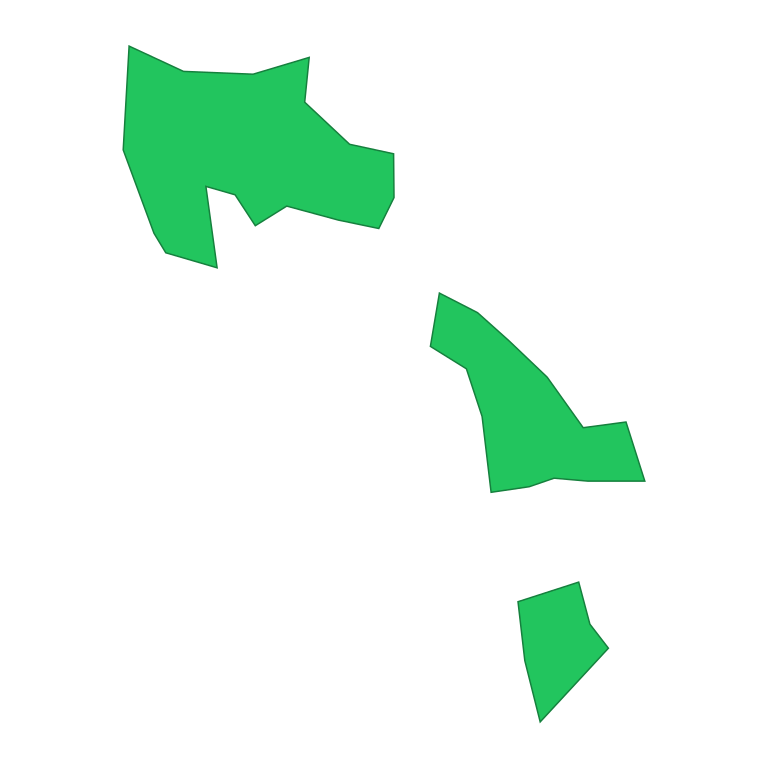 the state/province of Schaan
{"feature_id": "LIE-4896", "entity_name": "Schaan", "entity_type": "state/province", "adm_level": 1, "iso_a3": "LIE", "parent_name": "Liechtenstein", "parent_adm1": "", "projection": "robinson", "projection_center": [9.557, 47.13], "detail": "fine", "context": "isolated", "style": "filled", "palette": "green", "viewbox_px": 768, "rotation_deg": 0, "n_neighbors": 0, "source": "natural_earth", "source_scale": "10m", "svg_char_len": 622}
<svg xmlns="http://www.w3.org/2000/svg" viewBox="0 0 768 768"><path d="M393.6,153.8L394.0,197.6L378.8,228.5L338.4,220.1L286.7,206.1L255.3,225.7L235.1,194.8L205.9,186.4L217.1,267.8L165.8,252.8L154.0,233.3L123.2,149.9L129.1,46.1L183.5,71.4L253.1,74.2L309.2,57.4L304.7,102.2L349.6,144.3L393.6,153.8ZM626.0,422.0L644.8,481.1L587.7,481.1L554.0,478.2L529.3,486.7L491.1,492.3L482.1,416.5L466.4,368.8L430.4,346.4L439.4,293.1L477.6,312.7L509.0,340.8L547.2,377.2L583.2,427.7L626.0,422.0ZM608.4,648.2L540.2,721.9L524.8,660.6L518.0,601.7L578.7,582.1L589.9,624.2L608.4,648.2Z" fill="#22c55e" stroke="#15803d" stroke-width="1.5"/></svg>